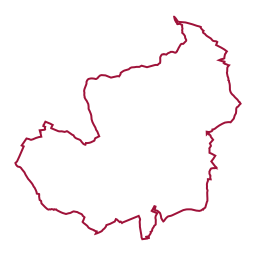 Sarmasu, Mures, Romania
{"feature_id": "2599482B42966946124172", "entity_name": "Sarmasu", "entity_type": "district", "adm_level": 2, "iso_a3": "ROU", "parent_name": "Romania", "parent_adm1": "Mures", "projection": "mercator", "projection_center": [24.153, 46.751], "detail": "fine", "context": "isolated", "style": "outline", "palette": "rose", "viewbox_px": 256, "rotation_deg": 0, "n_neighbors": 0, "source": "geoboundaries", "source_scale": "gbopen_adm2", "svg_char_len": 5740}
<svg xmlns="http://www.w3.org/2000/svg" viewBox="0 0 256 256"><path d="M203.3,209.3L203.6,208.9L205.3,207.5L206.9,201.9L207.4,200.9L207.4,198.0L207.3,196.2L207.2,192.5L207.5,190.8L207.5,190.2L207.0,188.9L206.9,188.2L207.0,186.5L206.9,184.4L207.0,183.7L207.3,182.4L207.9,181.0L207.9,179.2L210.6,179.3L210.5,179.0L210.5,178.4L210.3,178.1L210.2,177.2L210.2,176.9L210.4,176.4L210.4,175.6L210.2,175.1L209.9,174.9L209.6,174.1L209.4,173.3L209.5,172.7L209.4,172.1L209.4,171.6L210.5,169.3L211.2,168.5L213.2,168.1L214.2,168.2L215.6,168.0L216.1,168.1L215.9,167.8L215.8,167.5L216.2,167.3L215.7,166.8L215.4,166.7L211.3,161.4L213.4,158.7L215.3,155.7L211.6,153.7L209.5,152.8L209.5,148.3L209.4,148.2L210.9,146.0L210.9,145.6L209.9,143.4L213.1,139.8L210.7,136.6L210.6,136.2L210.6,135.7L209.2,134.1L208.9,134.3L208.8,134.1L208.9,133.9L208.8,133.7L208.0,133.5L207.2,133.8L206.8,134.2L206.7,131.7L208.6,132.0L209.9,131.9L211.7,131.2L212.3,130.6L212.4,129.5L213.5,129.4L215.2,128.5L216.5,127.4L219.4,125.4L222.3,123.8L224.9,122.6L227.5,122.2L229.2,122.1L230.6,122.3L233.8,118.6L234.7,115.5L235.9,113.4L236.2,111.1L236.2,109.0L236.5,107.9L237.1,107.1L238.2,106.5L239.2,105.1L240.6,103.7L239.8,102.4L239.5,102.0L239.1,102.0L237.5,99.7L234.9,97.2L233.4,95.4L232.6,94.8L231.6,93.7L230.8,92.5L230.3,91.2L229.9,89.6L229.9,88.0L229.8,85.1L229.5,83.3L229.1,82.1L229.0,80.8L228.3,80.2L228.5,79.2L228.1,77.4L227.6,76.3L226.9,72.7L227.2,71.4L227.3,67.8L227.7,66.9L229.0,65.3L228.1,65.1L226.1,64.2L224.9,63.9L224.4,63.6L223.8,63.1L224.5,62.4L224.6,61.9L224.6,61.7L223.1,61.3L222.9,61.4L219.0,60.2L221.3,59.2L222.2,59.1L222.7,58.9L223.4,58.8L224.3,58.3L224.5,56.5L225.0,54.2L225.8,53.2L225.9,52.8L226.9,51.4L224.4,49.5L221.2,47.6L216.1,45.0L217.3,42.0L216.6,41.5L215.9,41.3L214.1,41.1L213.0,40.8L212.5,40.4L210.9,38.5L207.1,36.1L206.1,35.3L204.8,33.8L203.4,33.0L202.9,31.9L203.6,30.8L202.4,29.9L201.3,28.6L200.6,27.5L200.8,27.0L199.9,26.6L196.8,25.8L192.4,24.3L186.5,22.7L185.1,22.4L179.8,22.0L178.1,21.7L177.7,21.3L175.8,18.5L174.3,16.8L174.2,16.8L174.4,17.9L174.9,19.8L176.1,22.1L176.9,23.0L177.3,24.1L177.7,24.2L178.4,24.0L179.8,23.8L180.8,24.3L181.3,24.7L182.1,25.0L182.2,25.8L182.1,26.8L182.5,28.8L182.1,30.0L182.4,31.7L182.2,32.8L183.6,34.1L184.6,35.5L185.0,36.2L185.2,37.9L186.2,39.9L186.2,40.6L186.1,40.9L183.3,43.8L181.4,43.9L180.6,44.6L178.5,48.2L177.7,50.0L177.2,50.6L177.0,51.5L176.5,51.8L175.8,52.6L175.1,52.7L172.8,51.9L170.7,51.9L169.7,52.5L168.0,53.2L166.3,54.6L164.0,54.1L163.9,54.3L162.6,54.3L162.0,54.5L161.2,55.4L160.3,57.1L160.2,57.9L160.3,61.0L160.1,62.9L159.9,63.1L158.6,63.9L157.8,64.8L157.4,65.0L155.8,64.9L154.6,65.1L147.0,67.2L141.6,65.7L139.3,66.9L136.3,66.9L134.5,67.2L131.7,67.4L130.4,67.9L128.7,69.3L124.2,70.6L122.6,71.5L120.7,72.9L120.5,74.1L120.3,74.6L119.1,76.4L118.6,76.2L117.2,76.2L111.0,77.6L105.5,75.4L101.5,75.1L100.1,75.5L98.5,76.9L97.7,78.0L96.4,78.9L95.6,79.0L94.0,78.6L91.8,78.4L90.5,78.5L88.4,79.0L87.2,80.3L86.6,81.6L86.5,82.0L86.5,83.6L86.2,84.6L84.5,89.0L84.2,90.4L84.1,91.0L84.4,92.7L84.3,94.3L84.3,95.3L84.7,97.0L84.6,97.5L85.8,99.7L86.5,100.5L88.3,104.1L88.6,106.6L88.6,108.8L88.9,109.6L89.6,110.9L90.9,114.1L91.3,115.7L91.6,119.3L92.4,121.9L93.7,124.6L95.4,127.6L96.1,129.8L97.3,131.5L99.2,136.3L95.3,138.2L94.7,139.4L94.5,140.4L94.3,140.7L90.7,142.4L89.3,142.8L87.2,143.1L85.9,143.0L85.4,144.7L84.8,144.6L83.5,144.0L81.8,142.1L80.5,140.3L79.6,139.7L76.3,138.4L75.2,137.7L74.2,136.6L73.5,135.3L72.3,134.8L67.3,131.3L66.8,131.2L66.5,131.4L64.6,131.9L61.7,131.3L59.8,131.4L58.4,131.2L51.2,128.2L51.3,127.5L52.7,125.0L50.3,123.7L45.4,121.7L44.9,122.6L43.9,124.7L43.6,124.9L43.6,125.3L43.3,126.0L45.2,126.9L45.0,127.4L44.9,128.0L45.1,129.4L44.7,129.7L43.5,129.9L39.7,130.3L39.8,130.7L40.3,130.8L40.5,131.8L40.1,131.8L40.6,133.5L41.3,136.7L38.8,137.1L35.9,138.0L32.9,139.3L31.1,139.8L30.5,139.7L29.1,139.1L26.5,138.5L21.7,145.5L23.7,146.4L19.2,156.8L17.2,161.1L17.0,161.5L15.4,163.0L16.1,164.8L17.2,166.1L17.9,166.6L19.8,167.0L21.0,167.9L21.9,169.2L24.5,172.4L25.5,174.6L28.2,179.0L29.4,180.3L31.6,183.0L32.7,184.6L33.8,186.8L34.5,187.5L35.8,190.1L36.5,191.9L36.8,193.6L39.1,194.1L39.2,195.0L39.1,196.4L39.6,199.8L39.7,200.0L40.8,200.7L41.1,201.0L41.5,203.4L45.3,207.3L46.8,208.6L47.5,209.2L48.5,209.6L49.4,209.3L50.4,209.5L51.4,209.1L53.3,209.4L53.8,209.8L54.5,209.3L55.2,209.6L56.1,209.4L57.2,210.4L60.6,212.1L62.7,213.0L66.0,214.0L68.9,213.2L69.9,213.1L71.3,212.5L72.5,211.8L73.7,211.4L77.4,212.1L78.7,212.9L81.5,214.1L82.2,214.7L82.6,215.6L83.0,216.0L84.5,217.3L83.4,220.2L82.6,221.9L83.5,222.9L85.1,224.1L87.3,225.9L88.5,227.6L89.2,228.1L90.5,228.8L92.5,229.6L94.0,230.2L94.3,230.6L94.6,230.6L95.0,230.9L96.7,231.4L95.7,233.7L97.0,233.3L99.0,232.5L100.9,231.6L102.1,230.8L102.8,229.8L104.4,228.5L105.9,226.6L106.4,225.1L110.0,223.9L114.8,221.5L115.9,219.1L116.7,219.4L119.7,222.1L120.7,221.6L122.0,223.0L122.6,222.5L138.7,215.9L140.0,218.9L140.1,219.6L139.7,221.4L139.7,222.2L139.9,225.0L139.9,226.7L141.4,235.5L141.5,237.2L141.8,238.1L142.3,239.2L146.7,238.6L146.2,236.8L147.2,236.6L147.4,238.3L148.9,238.0L148.7,236.4L149.2,235.5L150.3,233.9L150.8,232.9L150.6,231.9L151.4,231.6L151.6,231.2L151.8,231.1L152.1,230.7L152.2,229.5L152.6,228.5L153.5,227.3L153.9,226.5L154.3,225.7L155.4,224.9L155.7,224.4L155.7,223.6L155.8,219.9L155.4,217.9L155.6,216.6L155.8,215.8L157.2,213.3L154.3,212.0L152.7,211.5L151.7,210.9L152.7,209.4L154.4,206.2L155.5,206.6L155.1,208.3L154.4,209.7L155.9,210.4L157.4,210.8L159.5,212.5L160.1,213.2L160.5,214.5L160.8,215.4L161.3,218.2L161.6,218.7L162.2,219.9L163.3,221.4L164.0,220.9L165.9,218.3L167.6,216.7L168.5,216.3L170.9,215.8L172.2,215.3L183.3,210.1L186.4,209.4L189.0,209.3L191.4,209.4L196.4,210.6L199.4,210.9L201.2,210.4L203.1,209.0L203.3,209.3Z" fill="none" stroke="#9f1239" stroke-width="2"/></svg>